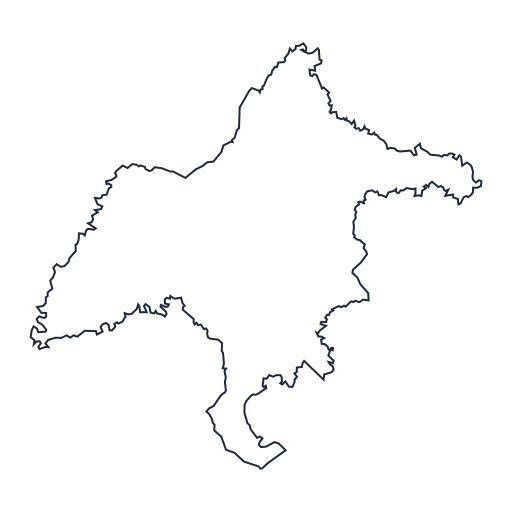 Júlio de Castilhos, Rio Grande do Sul, Brazil
{"feature_id": "56859067B79484358238114", "entity_name": "Júlio de Castilhos", "entity_type": "district", "adm_level": 2, "iso_a3": "BRA", "parent_name": "Brazil", "parent_adm1": "Rio Grande do Sul", "projection": "orthographic", "projection_center": [-53.633, -29.282], "detail": "fine", "context": "isolated", "style": "outline", "palette": "slate", "viewbox_px": 512, "rotation_deg": 0, "n_neighbors": 0, "source": "geoboundaries", "source_scale": "gbopen_adm2", "svg_char_len": 5995}
<svg xmlns="http://www.w3.org/2000/svg" viewBox="0 0 512 512"><path d="M304.6,51.8L306.1,50.2L306.3,47.4L303.4,43.4L299.3,45.7L295.9,46.0L295.5,49.0L292.3,51.5L289.9,48.5L288.4,53.6L284.7,58.0L285.3,60.6L283.9,62.1L278.3,62.5L276.9,67.2L274.9,66.9L272.4,70.4L271.1,74.7L269.1,75.3L267.1,78.0L263.9,85.6L262.3,86.8L262.6,89.2L260.6,89.6L259.8,92.4L258.8,90.7L252.0,88.1L249.4,90.6L239.7,107.4L239.0,128.1L236.8,130.3L234.7,137.7L231.9,140.0L232.6,142.1L230.8,141.7L223.3,145.5L221.6,151.7L213.4,161.6L207.4,162.2L202.4,166.1L195.7,169.4L185.4,177.9L172.9,171.4L170.7,171.6L161.5,168.2L154.9,167.2L151.6,170.3L149.4,171.0L145.5,169.0L144.8,166.9L140.7,165.5L138.7,166.3L136.6,164.7L132.3,164.1L127.5,168.0L122.6,165.6L116.0,171.3L115.0,173.1L116.2,174.6L116.3,176.7L111.6,179.9L106.1,181.3L106.6,184.0L108.2,183.5L111.2,185.1L111.3,187.0L108.8,188.4L106.7,194.6L102.3,195.3L101.6,197.5L99.4,198.5L95.0,197.9L97.5,204.2L102.3,206.4L101.1,209.1L95.0,210.1L97.7,212.3L92.0,215.7L93.2,219.1L91.7,222.2L88.0,223.3L95.7,228.4L93.8,229.7L88.1,228.8L86.1,230.4L84.8,235.4L83.1,233.8L79.0,233.3L78.6,239.9L77.1,244.0L75.5,244.7L75.8,250.9L69.6,258.0L68.3,262.3L64.4,266.1L60.7,266.8L56.7,264.2L53.4,267.7L55.0,272.1L53.0,277.4L50.2,280.6L52.3,288.7L47.7,292.4L47.6,296.1L45.8,297.5L45.8,303.2L43.1,306.0L37.1,307.0L41.2,312.7L46.1,313.0L46.1,316.7L44.4,318.0L39.0,316.5L36.7,319.1L38.0,322.2L42.3,324.7L46.3,329.8L45.5,331.7L38.3,332.2L37.0,328.5L33.6,326.3L31.6,330.7L30.7,337.2L34.5,340.2L33.8,344.4L36.4,341.6L39.6,341.2L40.9,343.2L38.4,346.8L39.5,349.1L45.3,347.0L48.4,347.2L45.4,343.5L48.3,339.8L55.8,337.7L61.4,337.9L66.7,335.4L70.2,337.6L73.7,335.3L77.1,336.7L84.8,330.8L96.0,331.1L96.9,334.5L102.6,331.6L100.6,326.9L102.5,324.4L106.0,323.0L108.6,324.9L109.6,330.3L112.1,330.4L115.3,326.6L114.4,323.9L116.9,322.4L118.3,323.6L122.4,321.7L125.5,316.5L124.7,313.2L128.4,314.4L131.6,313.9L136.9,308.8L138.2,304.5L139.3,306.1L140.1,312.2L146.7,312.2L144.0,306.0L145.6,304.1L149.4,306.9L150.6,312.6L154.1,313.5L155.7,311.0L156.9,313.3L162.7,314.8L164.8,316.6L166.5,314.0L166.0,311.8L160.5,306.7L161.0,304.9L165.2,306.9L167.8,306.5L168.9,304.3L164.9,303.6L164.8,299.4L166.7,297.8L170.1,298.7L170.3,296.0L174.5,298.7L181.1,297.7L182.4,302.8L184.6,305.9L183.1,307.0L182.7,309.6L193.7,319.1L193.6,322.7L194.7,324.4L196.5,322.8L197.9,325.0L200.9,324.6L203.9,329.1L206.1,328.4L207.6,330.8L207.1,333.5L208.0,337.4L210.3,338.7L218.1,339.6L222.1,343.2L221.7,350.8L223.0,352.9L223.9,363.6L222.7,368.3L226.0,368.6L224.5,371.1L225.8,377.4L224.9,382.2L225.9,390.5L224.9,392.4L221.0,395.1L213.6,406.0L208.9,408.5L206.5,411.7L209.1,414.0L212.1,419.2L212.6,422.5L214.6,425.0L214.2,430.4L221.3,436.7L226.0,449.7L234.5,452.8L244.1,461.7L258.5,466.4L260.3,468.6L262.0,468.5L267.7,463.2L285.6,450.3L278.8,443.6L274.6,442.1L266.1,446.6L261.0,447.1L258.8,444.7L259.8,441.6L262.5,438.4L259.9,436.5L257.1,437.9L250.7,429.4L249.7,425.3L247.4,423.1L244.4,412.6L244.6,404.9L246.3,401.0L250.9,395.8L253.2,394.4L255.5,394.8L258.0,393.8L266.4,388.0L265.7,385.7L263.8,387.1L262.6,385.7L263.6,378.3L266.6,378.7L269.3,375.0L272.9,376.7L276.3,375.2L280.4,375.2L281.6,376.7L282.0,381.6L280.3,383.3L282.3,384.5L285.4,381.4L289.0,386.7L292.4,386.9L294.7,381.7L294.4,379.7L297.1,376.8L294.4,373.4L296.8,372.0L296.8,367.5L301.8,367.0L302.6,363.1L304.1,360.9L323.5,379.6L324.2,374.5L331.6,372.2L333.7,369.7L332.7,366.1L330.2,364.6L328.6,362.0L332.9,363.1L333.7,360.8L328.4,355.6L330.2,350.0L328.6,349.5L327.5,346.4L324.9,344.2L321.7,343.8L321.1,339.6L324.1,338.1L321.5,336.6L318.4,336.4L316.5,332.6L318.1,333.4L319.5,330.8L325.9,325.8L320.6,324.0L321.3,321.8L326.0,322.1L326.9,319.3L325.2,317.7L327.3,314.7L329.1,314.9L330.0,312.2L333.3,310.5L332.1,309.3L335.9,307.4L338.9,306.1L341.2,307.2L344.1,305.6L345.6,306.7L351.0,301.4L353.4,302.1L355.1,300.8L359.5,302.1L363.0,299.6L368.6,300.4L368.2,293.1L360.3,284.1L357.4,277.6L352.4,272.9L353.0,269.7L360.7,262.7L367.0,254.3L366.4,251.8L363.5,248.0L364.9,244.6L359.7,240.0L357.3,239.7L354.1,237.2L354.8,235.3L353.2,233.8L354.0,226.8L353.3,222.0L355.8,217.6L355.2,214.8L356.3,211.9L354.7,209.8L355.6,207.1L359.0,204.4L358.3,202.2L360.1,201.6L363.9,203.2L363.6,200.5L365.7,199.7L364.4,197.0L365.2,194.1L367.2,191.4L372.1,190.3L375.2,192.4L377.4,191.5L379.0,195.2L381.2,195.0L386.2,197.2L388.5,192.4L393.9,190.9L396.0,189.1L395.9,191.2L397.1,192.9L398.9,192.9L400.6,190.3L403.1,190.5L406.7,188.1L413.1,189.2L415.5,188.5L415.4,193.9L414.5,196.0L419.1,195.3L421.4,196.1L422.2,190.8L426.0,188.1L423.8,186.6L426.2,184.9L428.4,186.9L429.5,183.7L432.0,181.8L438.5,187.0L441.0,186.1L443.2,187.3L443.8,189.7L445.6,191.0L448.2,189.7L445.3,195.8L452.9,194.5L453.2,197.4L457.9,199.0L458.4,204.3L460.3,203.7L463.7,197.3L466.3,196.0L468.2,197.2L471.3,194.6L473.0,192.2L473.1,187.7L476.7,187.8L480.7,186.2L481.3,183.6L481.3,181.1L479.1,180.3L475.8,182.5L473.4,180.3L472.5,177.3L473.0,171.7L471.8,167.3L470.6,165.1L466.9,162.5L462.2,165.7L461.0,156.9L459.3,155.3L456.6,159.5L452.8,157.3L454.5,154.7L451.8,153.5L449.3,153.5L447.3,155.4L443.8,154.9L441.9,156.8L439.2,155.5L430.3,154.7L427.2,151.7L420.9,148.2L419.9,143.7L414.8,148.0L416.6,154.6L414.0,155.3L410.4,150.6L399.9,151.5L396.6,150.5L394.8,148.5L390.6,147.9L387.5,148.9L386.3,144.1L383.5,140.5L380.5,139.1L376.8,135.0L374.9,134.6L374.2,132.7L371.9,134.5L368.2,133.6L369.1,130.1L365.5,128.6L364.5,126.4L363.4,129.1L360.2,130.7L358.7,128.1L356.0,128.8L354.4,127.2L355.5,125.7L354.1,120.6L351.7,124.1L349.5,121.5L347.1,120.7L346.4,118.3L345.0,119.9L343.6,118.1L341.9,119.2L337.4,117.8L336.2,112.0L332.4,112.2L331.1,113.4L329.6,111.9L330.9,110.2L331.7,105.2L329.7,105.6L328.4,103.4L330.6,100.9L327.5,94.5L329.2,92.6L323.5,87.4L322.0,88.5L316.5,74.9L313.7,74.2L312.3,76.1L310.2,75.4L309.5,69.6L315.2,70.7L314.6,66.1L321.0,63.4L321.6,60.4L319.6,59.7L318.9,49.9L317.7,48.3L312.7,52.7L308.8,53.6L304.6,51.8ZM304.6,51.8L301.3,49.9L302.9,49.4L304.6,51.8ZM330.2,350.0L332.8,350.3L333.0,348.1L331.2,347.9L330.2,350.0Z" fill="none" stroke="#1e293b" stroke-width="2"/></svg>